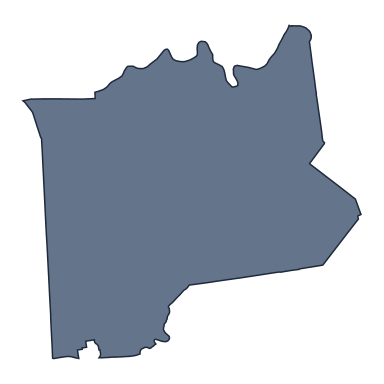 outline of Padureni, Timis, Romania
{"feature_id": "2599482B54341741042222", "entity_name": "Padureni", "entity_type": "district", "adm_level": 2, "iso_a3": "ROU", "parent_name": "Romania", "parent_adm1": "Timis", "projection": "albers", "projection_center": [21.238, 45.614], "detail": "fine", "context": "isolated", "style": "filled", "palette": "slate", "viewbox_px": 384, "rotation_deg": 0, "n_neighbors": 0, "source": "geoboundaries", "source_scale": "gbopen_adm2", "svg_char_len": 4402}
<svg xmlns="http://www.w3.org/2000/svg" viewBox="0 0 384 384"><path d="M172.6,302.4L177.0,297.6L180.3,294.3L183.8,290.3L184.6,289.8L185.9,289.0L187.2,287.8L188.1,286.7L189.1,285.1L207.8,282.6L218.3,281.0L241.7,277.7L258.8,275.1L272.4,273.0L279.2,272.0L280.4,272.2L292.1,270.3L299.2,269.4L300.0,268.8L322.8,265.1L346.5,234.3L358.4,219.0L357.8,216.4L358.0,215.9L361.0,214.5L355.4,199.1L346.8,192.4L333.6,182.2L325.6,176.1L309.5,163.7L309.7,163.4L323.2,145.2L324.3,143.7L324.5,142.6L323.3,141.6L323.0,141.1L322.7,140.4L322.5,139.1L321.5,130.6L320.1,120.7L318.6,110.6L317.6,103.5L317.0,99.4L316.2,94.4L316.4,93.8L315.6,88.6L314.5,79.8L314.1,77.0L313.3,70.9L312.7,66.9L311.9,61.0L311.1,54.4L309.4,41.6L310.0,40.8L310.7,39.4L311.1,38.4L311.2,37.0L311.3,35.3L310.8,34.2L310.3,32.6L309.4,31.1L308.5,30.2L305.9,27.9L304.3,27.2L303.2,26.9L302.0,26.4L301.2,26.3L300.3,26.0L300.2,25.9L296.2,25.9L291.8,25.8L291.8,26.2L291.1,26.2L289.1,25.4L288.2,27.9L286.4,31.5L284.4,34.2L282.4,38.3L280.7,41.5L279.1,44.2L277.6,47.9L276.2,50.5L274.5,53.4L272.6,55.4L270.8,57.5L269.1,59.8L267.1,63.7L264.7,66.1L260.8,68.1L257.8,69.2L255.9,69.4L248.5,67.4L243.2,66.5L239.8,65.9L237.4,65.4L235.8,65.7L234.4,66.3L233.9,67.4L233.3,69.1L233.5,71.7L233.5,74.0L234.2,75.8L235.7,78.2L236.8,80.2L237.8,82.4L237.9,83.9L237.6,85.7L235.8,86.4L233.6,87.0L231.8,86.8L230.5,85.4L227.9,82.6L226.4,80.7L225.8,78.5L224.9,73.8L224.2,70.7L223.4,68.6L222.1,66.5L220.3,65.5L218.5,64.5L215.9,63.3L214.4,62.5L213.4,61.5L212.8,59.4L212.7,56.8L212.7,55.2L212.7,54.7L212.4,54.1L210.3,50.6L209.7,49.2L208.6,46.9L207.8,44.7L206.6,43.0L205.3,41.8L204.2,41.6L201.1,41.3L198.8,42.5L197.4,45.3L197.1,48.9L197.4,52.3L197.3,54.6L196.7,55.8L194.2,57.7L190.1,59.9L185.2,61.5L182.3,61.7L179.3,61.4L176.0,60.7L174.1,59.8L173.1,59.1L171.7,57.2L170.5,54.5L168.7,50.5L167.5,49.2L165.8,49.3L164.0,50.4L162.2,52.6L157.0,59.0L154.2,61.1L150.4,64.0L147.4,66.7L143.5,68.5L141.0,68.6L138.0,68.4L135.9,67.7L133.1,66.2L127.9,66.3L126.7,67.3L124.5,70.6L123.8,72.3L123.0,74.0L122.1,75.8L118.7,78.3L113.7,80.9L111.5,82.1L109.6,83.8L108.0,85.8L106.6,87.3L103.3,89.5L99.2,91.0L94.9,92.3L95.2,98.5L89.3,98.8L82.2,99.1L71.4,99.0L60.2,98.9L58.2,98.9L42.2,98.9L32.9,99.1L31.4,99.0L23.0,100.8L25.0,102.5L28.7,107.3L31.5,110.8L32.6,112.5L33.1,113.9L35.6,121.7L36.7,125.2L40.8,137.7L41.5,138.4L42.1,148.6L42.7,160.7L44.6,198.8L45.8,223.6L46.4,234.8L47.0,244.5L47.7,258.0L48.8,279.2L49.8,299.2L50.7,315.2L50.7,318.6L51.4,332.8L52.0,343.7L52.6,358.2L53.5,358.6L55.9,358.2L57.5,357.9L60.0,357.5L61.1,357.3L64.6,356.8L65.7,356.7L66.7,356.6L67.4,356.4L69.6,356.6L71.3,356.7L72.1,356.8L73.0,357.2L73.5,357.2L74.1,357.5L75.7,357.9L77.1,358.1L77.6,358.1L77.9,358.2L78.3,358.4L78.5,358.5L78.8,358.5L78.0,353.6L77.5,350.0L82.2,349.3L82.0,348.0L86.6,347.3L85.7,341.2L90.9,340.4L94.3,339.8L94.2,340.5L94.4,341.2L94.8,342.4L95.1,342.8L95.7,343.5L96.7,344.1L97.3,344.6L97.7,345.1L98.2,346.1L98.4,346.7L98.6,347.7L98.8,348.5L98.9,349.3L99.0,349.9L99.5,349.8L99.9,349.9L100.0,350.7L100.2,351.6L100.5,353.1L100.6,354.3L100.3,355.9L99.0,357.8L101.0,357.8L109.4,357.4L111.0,357.2L112.4,357.1L115.0,357.1L120.7,356.9L125.1,356.6L127.1,356.5L129.2,356.4L131.4,356.1L132.6,355.9L133.4,355.9L136.1,355.3L138.0,354.7L140.1,353.9L139.9,353.3L140.0,352.5L140.1,351.6L140.4,350.8L140.7,350.0L141.2,349.4L142.1,348.7L142.5,348.5L143.2,348.2L144.1,347.8L144.6,347.5L145.1,347.4L145.6,347.3L146.1,347.3L146.6,347.3L147.2,347.4L148.2,347.8L149.2,348.3L149.4,348.4L150.2,348.3L150.9,347.9L151.5,347.4L152.1,346.9L153.5,346.0L154.5,344.9L155.9,344.0L154.8,342.7L154.2,341.8L154.1,341.3L154.1,340.7L154.2,340.3L154.6,339.7L155.3,339.4L155.9,339.4L157.6,339.8L158.2,340.0L159.0,340.3L160.6,340.9L162.1,341.3L164.3,341.6L165.0,341.7L166.2,341.5L166.9,341.4L167.8,340.8L168.4,340.3L169.1,339.4L169.4,338.7L169.4,338.0L169.4,337.6L169.3,337.0L169.3,336.5L168.9,336.0L167.9,335.2L167.1,334.5L166.6,334.0L165.9,333.4L165.6,333.1L165.3,332.8L164.9,332.3L164.6,331.8L164.1,330.9L163.6,329.9L163.5,328.6L163.5,328.0L163.7,327.2L163.9,326.7L164.0,326.2L164.0,325.5L164.0,324.9L164.2,324.5L164.5,323.9L165.0,323.1L165.7,322.3L166.2,321.7L166.2,321.3L166.2,320.7L166.5,320.2L166.9,319.4L167.2,318.6L167.3,317.5L167.3,316.5L168.5,314.7L169.4,312.9L169.6,311.9L169.5,310.8L169.4,309.6L169.2,308.7L168.7,307.3L168.4,307.1L168.5,306.4L168.8,305.8L169.7,304.9L170.8,303.9L172.6,302.4Z" fill="#64748b" stroke="#1e293b" stroke-width="1.5"/></svg>